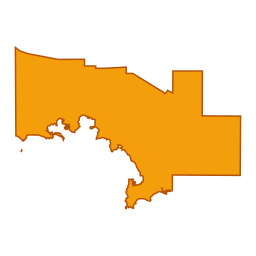 the district of Ceduna, South Australia, Australia
{"feature_id": "25037944B93610458864606", "entity_name": "Ceduna", "entity_type": "district", "adm_level": 2, "iso_a3": "AUS", "parent_name": "Australia", "parent_adm1": "South Australia", "projection": "orthographic", "projection_center": [133.706, -32.147], "detail": "fine", "context": "isolated", "style": "filled", "palette": "amber", "viewbox_px": 256, "rotation_deg": 0, "n_neighbors": 0, "source": "geoboundaries", "source_scale": "gbopen_adm2", "svg_char_len": 5857}
<svg xmlns="http://www.w3.org/2000/svg" viewBox="0 0 256 256"><path d="M15.9,135.9L17.2,136.2L19.1,137.2L21.6,139.6L22.7,139.9L22.5,140.8L23.3,141.0L23.8,140.8L23.6,140.1L25.2,139.5L25.6,138.2L26.6,137.8L26.7,137.3L26.3,136.8L26.5,136.1L27.1,135.4L28.3,135.0L32.9,134.9L33.4,135.1L34.9,134.7L35.4,135.1L36.3,135.1L37.4,134.7L45.1,137.3L46.3,138.8L47.3,137.7L48.6,138.1L49.2,138.7L49.6,138.4L49.7,137.9L50.4,137.6L51.5,138.0L51.8,138.4L52.2,138.3L52.7,137.5L52.6,136.8L53.0,137.1L53.1,136.9L52.4,136.3L52.6,135.6L54.1,134.5L55.3,134.2L56.3,134.4L61.8,137.1L62.9,137.9L63.0,138.6L63.4,138.6L63.0,139.4L63.3,139.9L63.4,139.4L64.0,138.6L64.0,137.8L63.1,137.6L63.0,136.7L62.5,136.3L61.8,136.3L61.8,135.8L61.0,134.9L60.8,134.0L59.9,133.4L59.2,133.4L59.2,133.0L57.9,133.1L57.1,132.6L56.2,133.1L55.1,132.8L54.8,133.0L54.8,132.7L54.5,133.9L54.0,134.2L53.3,134.4L52.8,133.6L52.8,134.3L52.7,134.7L52.6,133.6L52.8,133.2L53.4,133.1L52.7,133.1L51.2,133.5L50.8,134.3L50.2,134.2L50.3,134.0L50.1,133.8L50.7,132.6L50.1,132.9L48.9,132.2L48.3,132.4L47.8,131.5L48.1,131.2L47.5,130.9L47.3,130.5L46.8,130.4L47.8,129.9L47.4,129.6L47.6,128.5L47.0,128.2L47.3,127.4L47.3,126.8L48.2,125.9L49.9,125.7L50.4,124.8L51.4,124.1L52.3,124.2L52.8,124.8L53.7,124.4L54.7,123.0L54.6,123.4L55.6,123.7L56.2,125.6L57.0,125.6L56.6,122.3L56.9,120.9L58.5,118.9L59.5,118.7L59.8,118.3L60.7,118.3L61.6,119.2L62.1,118.9L62.7,119.1L62.3,120.0L62.6,120.3L63.6,120.3L63.4,120.5L63.6,120.9L61.9,121.5L62.0,121.9L62.7,122.0L63.0,122.6L62.9,123.2L62.5,123.6L64.1,124.1L65.3,124.1L65.9,124.6L65.6,126.3L64.4,127.6L64.9,128.6L66.0,129.5L66.2,129.2L67.4,129.1L68.3,127.8L68.7,127.2L68.4,126.8L68.5,127.5L68.2,127.9L68.3,126.9L67.9,127.2L67.6,126.6L67.4,126.8L67.6,127.3L67.2,127.3L67.1,127.7L66.6,127.0L66.2,127.2L66.2,126.8L66.7,126.6L67.0,125.9L68.0,125.4L67.7,124.8L68.4,125.2L68.9,124.4L69.8,123.9L69.0,124.6L68.7,125.6L69.0,126.6L69.7,125.8L69.3,126.7L69.7,127.0L69.1,128.8L69.2,129.6L72.0,132.0L74.7,132.5L75.1,130.3L77.0,129.5L77.7,128.4L78.8,127.8L79.1,127.1L80.0,126.6L78.8,124.9L78.7,124.4L79.1,123.6L78.2,122.9L77.9,121.8L79.3,119.8L78.9,119.1L79.5,117.4L81.3,115.6L82.7,115.1L85.0,115.4L86.3,116.6L87.6,116.3L87.5,117.0L88.4,117.3L88.0,118.3L89.0,118.4L89.0,118.0L90.3,117.4L91.6,118.0L92.0,118.7L91.8,119.0L93.2,119.4L94.1,119.0L94.5,119.2L95.1,119.7L95.0,120.2L95.3,120.7L94.8,122.5L95.2,124.0L94.9,125.4L94.3,126.1L92.4,127.0L90.9,126.7L90.1,127.3L90.2,128.2L91.0,128.9L93.4,127.9L94.1,127.2L95.6,126.9L97.2,128.0L98.8,129.5L99.1,130.8L98.5,131.6L98.1,131.7L97.7,132.7L97.9,134.4L97.2,135.6L97.0,137.2L96.3,137.9L96.4,139.2L97.8,138.5L99.9,138.4L100.4,138.0L102.6,137.6L103.9,137.9L104.4,138.3L105.7,138.4L106.6,139.4L106.2,140.2L107.8,139.0L109.8,139.9L110.3,140.7L110.2,142.0L110.7,143.6L110.2,145.0L109.6,145.2L109.6,145.9L109.9,147.1L111.1,148.7L110.9,150.2L111.3,150.6L111.3,151.1L112.0,151.7L112.7,151.6L113.1,150.4L114.1,149.7L114.9,149.5L115.9,149.8L116.8,149.4L117.2,148.8L117.1,148.5L117.5,148.3L117.4,147.9L118.7,147.5L118.1,146.9L118.7,145.4L118.3,145.0L119.7,145.1L121.0,145.6L121.7,146.3L122.0,147.4L120.6,147.9L120.4,148.3L121.6,148.4L121.7,149.2L122.3,149.7L122.2,150.1L123.4,149.7L124.7,150.2L125.5,151.5L126.6,152.5L127.6,154.7L128.8,154.8L129.2,155.1L130.5,157.3L131.1,160.4L131.5,160.4L131.7,161.0L132.8,161.3L134.9,162.8L136.4,165.8L136.6,166.9L138.2,169.6L138.5,170.7L139.8,171.7L140.4,173.9L140.1,175.4L140.4,175.8L141.3,175.5L142.2,175.6L143.3,177.2L143.4,179.3L143.2,180.0L142.8,180.3L142.9,181.2L142.6,181.9L141.6,182.1L141.7,182.7L141.1,183.4L141.1,183.8L140.4,183.6L139.8,184.2L138.8,184.4L138.6,185.0L137.6,185.0L137.8,185.3L137.5,185.1L137.3,185.3L136.9,185.2L135.9,184.5L135.0,185.5L134.7,185.6L135.2,184.6L134.9,184.2L134.6,185.3L133.4,185.4L133.3,185.0L133.0,185.0L132.3,184.3L132.6,183.6L133.4,183.4L133.1,182.7L134.3,182.8L134.0,182.3L134.8,182.1L135.2,182.2L135.2,182.6L135.4,182.3L135.1,181.8L133.6,181.5L133.0,181.8L133.9,182.2L133.6,182.4L132.6,181.9L132.5,181.4L132.9,181.6L133.1,181.4L132.9,181.2L133.4,181.3L132.7,180.9L132.2,180.0L133.2,179.8L133.4,180.2L133.3,179.6L132.7,179.3L133.1,179.3L133.5,179.9L133.3,179.3L134.0,179.4L132.7,179.1L130.6,179.6L129.6,179.1L128.8,179.4L128.9,183.7L128.4,185.2L128.0,185.5L128.0,187.0L126.8,188.9L126.9,189.2L126.4,190.0L126.7,190.5L126.4,191.6L125.9,192.1L128.0,196.6L127.4,197.9L126.7,197.9L126.0,198.5L126.2,199.7L126.1,200.2L125.3,200.7L125.4,201.5L126.4,201.8L127.1,203.9L126.9,206.0L126.5,206.5L125.8,206.6L125.6,207.2L125.6,208.4L125.9,208.6L126.3,208.5L126.8,206.8L127.5,206.5L128.0,206.6L128.7,207.6L129.5,206.9L129.7,207.1L130.4,206.6L131.2,207.5L133.3,208.4L133.7,207.5L133.3,207.1L133.2,206.3L133.8,204.7L134.4,204.1L135.9,203.5L135.3,202.6L135.7,201.8L137.7,199.3L138.4,198.9L142.3,198.6L143.9,198.8L145.5,199.3L147.4,200.5L150.2,201.1L150.9,200.1L150.5,199.3L150.6,198.8L150.2,197.8L150.8,196.8L152.2,195.8L153.2,194.7L155.7,193.2L157.3,192.7L158.1,191.8L159.9,191.7L161.5,192.1L165.2,193.8L166.5,194.1L166.6,193.0L165.9,193.2L165.3,192.6L164.6,192.4L163.8,191.5L162.4,191.1L162.3,188.7L161.7,188.0L161.2,187.9L161.8,187.9L162.4,188.6L162.5,191.0L164.4,191.7L165.7,191.3L165.9,191.6L165.7,191.8L164.4,192.0L165.5,192.4L165.9,193.0L166.1,192.9L166.0,192.3L166.6,191.5L166.1,191.7L165.7,191.2L165.7,190.9L166.2,190.9L166.0,191.3L166.3,191.6L166.5,191.3L167.5,191.2L167.3,190.6L167.7,190.9L168.4,190.4L168.4,190.8L168.8,190.5L168.9,190.1L169.4,189.9L169.6,190.1L169.0,190.3L168.4,191.2L167.6,191.4L170.0,191.3L172.4,190.6L172.4,175.0L240.2,175.4L240.6,116.1L202.2,115.9L202.4,71.0L172.9,71.0L172.8,93.0L167.5,90.3L166.9,91.7L165.2,93.6L162.1,91.2L161.1,90.9L132.7,73.4L126.2,73.4L126.2,67.1L104.7,68.3L95.7,68.3L95.7,66.0L84.5,66.0L84.5,59.3L57.9,59.4L28.0,53.7L20.0,51.0L15.4,47.4L15.9,135.9ZM21.3,151.4L21.9,150.5L21.7,150.1L21.1,151.2L21.3,151.4Z" fill="#f59e0b" stroke="#b45309" stroke-width="1.5"/></svg>